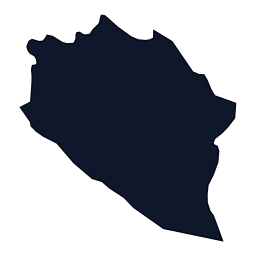 an SVG outline of Idrija
{"feature_id": "SVN-1012", "entity_name": "Idrija", "entity_type": "Municipality", "adm_level": 1, "iso_a3": "SVN", "parent_name": "Slovenia", "parent_adm1": "", "projection": "albers", "projection_center": [13.983, 45.983], "detail": "fine", "context": "isolated", "style": "filled", "palette": "ink", "viewbox_px": 256, "rotation_deg": 0, "n_neighbors": 0, "source": "natural_earth", "source_scale": "10m", "svg_char_len": 1016}
<svg xmlns="http://www.w3.org/2000/svg" viewBox="0 0 256 256"><path d="M235.5,103.4L234.5,117.9L228.2,126.2L222.0,132.7L214.6,138.5L212.9,142.8L213.7,144.9L217.1,146.3L218.6,151.1L217.7,162.0L213.1,174.7L207.9,184.9L206.9,194.4L207.1,202.6L209.8,211.0L213.4,216.1L222.4,240.6L163.6,228.4L133.9,207.5L124.3,197.5L109.5,187.8L102.2,181.4L92.2,178.3L74.0,162.8L57.0,143.0L43.5,136.1L36.2,131.0L31.3,126.0L30.6,121.8L20.5,107.4L30.8,102.1L32.2,81.7L32.2,75.3L31.7,69.5L32.5,65.6L35.8,65.2L37.3,63.2L36.6,59.1L34.7,55.7L30.0,53.0L27.9,49.8L27.1,46.2L29.1,41.4L32.0,39.6L39.1,41.7L43.0,41.3L46.0,37.7L47.2,35.3L52.6,36.6L62.4,42.7L66.8,43.9L74.0,43.5L76.2,38.8L76.1,35.1L77.0,32.8L79.6,32.4L83.1,34.8L86.1,35.1L90.2,34.3L93.3,29.5L99.0,24.0L100.1,21.1L100.7,17.4L101.5,15.4L104.8,15.9L117.9,27.5L131.2,37.1L138.2,40.0L145.8,40.7L149.7,40.0L153.8,38.2L153.9,30.7L171.8,41.6L192.7,72.1L198.9,74.7L203.8,74.9L206.9,80.1L210.7,89.3L212.9,93.2L214.9,96.0L235.5,103.4Z" fill="#0f172a" stroke="#020617" stroke-width="1.5"/></svg>